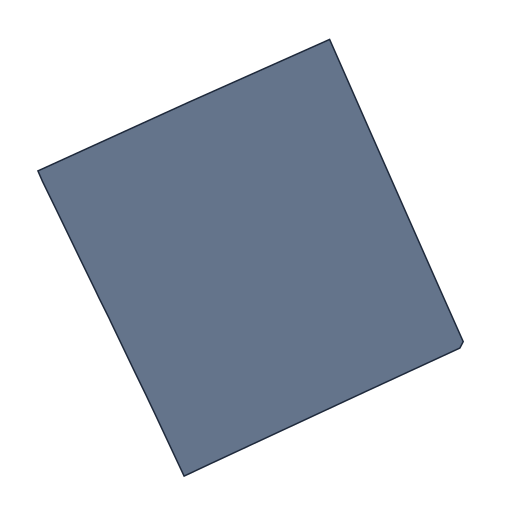 Denton, Texas, United States of America, rotated 64°
{"feature_id": "52423323B29429067330401", "entity_name": "Denton", "entity_type": "district", "adm_level": 2, "iso_a3": "USA", "parent_name": "United States of America", "parent_adm1": "Texas", "projection": "robinson", "projection_center": [-97.097, 33.209], "detail": "fine", "context": "isolated", "style": "filled", "palette": "slate", "viewbox_px": 512, "rotation_deg": 64, "n_neighbors": 0, "source": "geoboundaries", "source_scale": "gbopen_adm2", "svg_char_len": 498}
<svg xmlns="http://www.w3.org/2000/svg" viewBox="0 0 512 512"><g transform="rotate(64 256 256)"><path d="M83.9,414.7L95.2,415.2L109.8,415.2L126.4,415.2L183.8,415.4L216.7,415.4L225.0,415.5L248.0,415.3L251.3,415.4L307.4,415.8L320.6,415.8L333.1,415.8L339.3,415.9L352.3,416.0L422.3,417.1L422.7,389.2L423.5,345.8L423.5,345.1L425.3,248.4L425.9,216.8L428.1,113.1L423.8,107.3L361.2,105.1L192.9,98.8L93.6,94.9L88.3,248.8L87.6,274.5L83.9,414.7Z" fill="#64748b" stroke="#1e293b" stroke-width="1.5"/></g></svg>